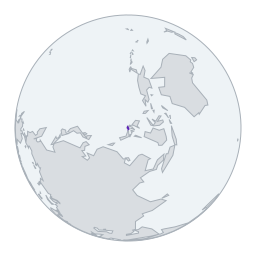 Northern Samar highlighted on a globe, orthographic projection, rotated 243°
{"feature_id": "PHL-2586", "entity_name": "Northern Samar", "entity_type": "Province", "adm_level": 1, "iso_a3": "PHL", "parent_name": "Philippines", "parent_adm1": "", "projection": "orthographic", "projection_center": [124.817, 12.409], "detail": "fine", "context": "on_globe", "style": "filled", "palette": "violet", "viewbox_px": 256, "rotation_deg": 243, "n_neighbors": 0, "source": "natural_earth", "source_scale": "10m", "svg_char_len": 9224}
<svg xmlns="http://www.w3.org/2000/svg" viewBox="0 0 256 256"><g transform="rotate(243 128 128)"><circle cx="128" cy="128" r="113" fill="#eef3f6" stroke="#a8b0b8"/><path d="M216.9,171.7L216.8,172.5L216.6,172.6L216.9,171.7ZM193.9,36.7L186.4,32.1L182.8,32.3L185.4,35.0L181.9,32.6L189.3,39.9L189.8,43.3L187.0,38.0L184.9,36.4L184.1,37.7L181.8,36.3L180.1,36.4L177.4,34.8L176.0,32.2L174.2,31.2L173.7,32.3L170.7,31.6L171.7,30.2L166.6,29.0L163.3,25.3L168.1,24.1L164.0,21.9L163.2,21.0L171.3,24.0L179.2,27.6L186.7,31.9L193.9,36.7ZM232.8,96.5L231.8,94.1L232.7,95.1L232.8,96.5ZM231.1,93.0L231.4,93.8L231.1,93.2L231.1,93.0ZM230.7,92.9L231.0,93.0L230.7,93.2L230.7,92.9ZM230.3,93.1L230.5,92.9L230.5,93.0L230.3,93.1ZM229.3,92.5L229.0,92.3L229.1,91.9L229.3,92.5ZM193.0,36.2L192.2,35.6L195.0,37.5L194.6,37.3L193.0,36.2ZM187.8,37.4L187.9,36.7L188.5,37.9L187.8,37.4ZM180.3,36.6L181.0,37.3L179.8,37.1L180.3,36.6ZM174.6,34.5L172.5,34.1L174.4,34.1L174.6,34.5ZM171.1,33.5L166.0,32.8L167.1,34.2L161.2,30.3L167.5,32.0L169.7,31.6L169.6,32.6L171.1,33.5ZM161.0,20.3L163.0,20.9L162.1,20.8L159.8,20.0L160.1,20.3L156.0,19.1L154.9,18.7L156.3,19.0L153.7,18.4L154.7,18.6L161.0,20.3ZM158.7,28.4L157.3,28.0L158.5,28.0L158.7,28.4ZM152.6,18.1L152.4,18.0L149.2,17.4L149.8,17.5L152.6,18.1ZM162.1,21.1L161.1,21.0L157.5,20.0L156.6,19.8L155.8,19.1L162.1,21.1ZM153.6,18.3L153.2,18.3L152.4,18.1L153.6,18.3ZM146.8,16.9L147.3,17.0L147.5,17.1L145.8,16.8L146.8,16.9ZM153.4,18.6L152.1,18.2L153.5,18.8L150.9,18.2L150.8,17.9L149.7,17.8L148.9,17.7L149.8,17.6L153.4,18.6ZM145.0,16.7L145.8,16.8L144.6,16.7L143.7,16.5L142.1,16.2L145.0,16.7ZM147.6,17.2L145.8,16.9L146.7,17.0L148.6,17.3L147.6,17.2ZM149.1,18.0L153.1,18.9L153.0,19.0L149.1,18.0ZM143.4,16.5L143.7,16.6L143.0,16.5L143.4,16.5ZM147.1,17.5L148.6,17.8L148.4,17.8L147.1,17.5ZM143.0,16.7L142.6,16.5L143.9,16.7L143.0,16.7ZM144.7,17.0L144.1,17.0L144.5,16.8L145.4,17.1L144.7,17.0ZM146.7,17.5L147.1,17.6L146.1,17.4L146.7,17.5ZM138.4,16.3L138.6,16.0L141.4,16.3L140.8,16.5L138.4,16.3ZM32.7,67.9L31.8,69.4L31.4,71.0L37.7,62.8L38.3,59.9L42.0,55.3L44.3,54.0L44.3,57.2L45.7,55.5L48.7,50.4L51.8,48.4L50.1,48.5L48.5,50.5L47.5,50.8L48.9,49.1L49.9,48.3L50.8,46.9L45.7,51.4L43.5,53.8L43.8,53.2L50.5,46.2L57.8,39.9L65.5,34.3L64.8,34.8L65.5,34.4L68.9,32.3L67.8,33.3L71.5,31.1L72.0,31.5L74.4,29.3L78.6,27.3L81.2,26.5L83.0,25.6L78.7,27.0L76.5,27.9L74.0,29.3L68.6,32.3L76.2,28.0L84.2,24.2L90.6,22.5L91.9,23.0L85.1,27.4L82.3,28.1L83.3,26.7L78.4,29.7L80.7,28.6L79.7,29.6L83.4,28.4L82.9,29.0L87.3,26.9L87.1,27.6L84.3,28.9L89.6,28.2L90.3,29.6L91.7,29.2L93.0,28.3L93.0,30.9L94.1,30.5L94.5,29.5L96.9,28.1L101.1,26.8L100.9,27.8L99.3,28.4L95.7,31.3L91.6,33.0L92.0,33.3L95.5,32.1L99.9,28.5L102.5,27.5L100.8,29.1L101.6,28.4L102.8,28.2L103.8,29.0L105.8,27.3L119.6,25.3L122.9,27.1L119.8,28.5L129.2,29.3L132.2,32.0L132.5,31.0L137.3,31.1L136.4,30.2L137.0,29.8L148.7,30.6L151.3,31.9L156.8,31.8L157.0,31.3L155.4,30.3L161.2,30.3L167.1,34.2L166.4,34.9L170.6,37.1L168.3,38.7L168.3,41.4L163.4,42.3L163.8,44.6L165.5,45.3L167.3,49.1L165.5,55.4L159.9,47.3L161.1,39.0L160.0,41.9L158.2,40.5L156.5,41.2L155.9,43.6L157.1,44.3L145.3,45.5L139.6,51.9L145.2,52.5L147.7,55.2L146.0,64.7L132.1,76.2L135.3,81.4L134.9,84.5L130.7,85.8L131.2,81.3L127.8,79.2L128.8,76.6L122.2,77.7L123.3,74.2L117.7,77.1L118.8,80.2L124.2,80.3L118.9,84.8L123.1,90.8L122.6,97.3L111.9,107.4L102.6,109.7L101.8,111.7L98.6,108.9L93.6,112.4L98.8,125.1L98.3,128.6L90.5,134.1L90.5,131.5L82.2,123.9L80.0,131.9L86.3,139.8L88.4,148.2L83.3,144.9L81.2,137.5L78.2,134.5L79.5,127.5L78.0,116.5L72.8,117.6L73.7,113.4L70.8,104.1L63.7,105.5L52.1,114.5L49.7,125.1L46.0,129.0L43.5,112.2L45.1,101.8L42.5,102.0L41.3,92.2L34.3,88.6L34.9,85.8L33.2,86.3L32.6,82.7L34.0,78.3L33.0,77.8L29.6,89.7L30.9,90.3L34.2,87.1L32.8,91.1L33.5,95.7L27.2,103.5L19.3,107.5L21.2,99.4L28.6,76.2L29.8,74.1L30.0,73.9L30.2,73.4L28.2,76.6L30.4,72.4L23.6,87.6L21.4,94.0L19.2,107.9L18.8,108.9L18.8,112.1L22.3,111.7L21.7,114.3L18.5,125.3L16.1,138.8L17.9,150.9L20.2,160.6L20.6,161.9L18.4,154.0L16.8,146.1L15.8,138.0L15.4,129.8L15.5,121.7L16.3,113.6L17.6,105.5L19.5,97.6L22.0,89.8L25.1,82.3L28.6,74.9L32.7,67.9ZM41.5,65.7L43.2,67.8L47.0,61.7L48.0,62.1L49.0,60.0L47.3,61.3L50.3,55.8L52.7,55.2L54.8,52.9L54.4,52.1L49.5,54.3L45.2,61.9L42.9,63.6L41.5,65.7ZM133.6,15.5L132.9,15.5L135.3,15.6L131.8,15.5L132.3,15.6L129.4,15.7L125.0,15.7L125.9,15.8L123.7,16.2L120.0,16.3L122.0,16.0L116.4,16.6L116.9,16.2L116.3,16.3L115.2,16.3L112.8,16.4L113.6,16.3L112.3,16.5L111.6,16.6L111.4,16.6L122.5,15.5L133.6,15.5ZM139.9,16.0L142.9,16.4L141.5,16.2L140.9,16.2L140.1,16.1L140.3,16.1L138.4,16.0L138.0,16.1L136.4,15.9L137.4,16.3L132.0,16.0L129.7,15.8L135.7,15.7L139.3,15.9L139.9,16.0ZM103.5,19.2L105.0,18.7L105.5,18.7L109.6,18.0L109.5,18.4L107.0,19.0L103.5,19.2ZM36.5,63.8L35.3,64.9L35.9,63.9L36.2,63.7L36.5,63.8ZM36.9,61.7L36.8,61.9L36.9,61.7ZM104.1,19.5L105.8,19.1L104.7,19.6L104.1,19.5ZM109.6,18.6L108.7,19.1L109.9,18.3L109.6,18.6ZM66.4,219.5L68.7,221.0L67.6,220.7L66.4,219.5ZM23.3,163.2L28.2,179.1L27.2,178.0L24.7,172.6L21.4,162.6L21.7,160.9L21.3,156.8L23.3,163.2ZM116.7,170.0L120.2,170.8L120.1,171.3L116.7,170.0ZM113.0,167.9L117.0,168.5L112.4,168.9L113.0,167.9ZM118.5,168.7L122.5,168.1L124.3,167.4L124.0,168.5L118.5,168.7ZM110.4,167.7L96.2,165.9L90.8,163.8L92.0,162.1L100.8,163.7L110.4,167.7ZM91.5,162.0L83.3,155.6L72.7,138.5L76.5,139.4L87.7,150.4L86.9,151.9L91.9,156.8L91.5,162.0ZM111.8,154.8L111.1,159.6L103.2,158.2L99.7,157.0L97.2,150.5L98.6,147.5L101.4,148.0L113.0,138.5L117.0,141.6L113.3,145.8L116.6,150.3L111.8,154.8ZM50.0,126.2L51.4,133.1L49.5,133.7L50.0,126.2ZM118.1,131.5L113.2,135.7L117.8,129.9L118.1,131.5ZM121.1,125.9L121.2,128.4L119.4,125.8L121.1,125.9ZM101.3,115.0L98.3,115.1L98.4,113.4L102.4,112.3L101.3,115.0ZM122.1,102.8L121.4,107.7L120.6,109.2L119.5,106.1L122.1,102.8ZM105.6,24.3L100.1,24.7L96.1,25.7L93.7,27.2L94.7,25.5L100.9,23.9L105.6,24.3ZM117.9,25.0L120.0,24.0L120.7,24.6L120.3,24.9L117.9,25.0ZM118.0,24.3L117.5,22.9L119.7,22.5L119.7,23.6L118.0,24.3ZM110.6,20.6L108.9,20.6L109.9,20.2L110.6,20.6ZM190.5,212.5L191.8,213.0L188.6,215.8L184.2,218.8L180.0,219.9L190.5,212.5ZM157.6,220.1L157.1,217.0L161.9,216.8L160.2,219.5L157.6,220.1ZM193.6,210.2L196.4,207.2L197.2,203.5L197.2,206.8L199.8,206.6L192.8,212.7L193.6,210.2ZM138.9,206.0L117.1,210.9L112.2,209.6L113.1,206.9L107.9,197.7L109.5,198.1L108.0,192.0L120.7,187.8L129.7,178.5L137.1,179.7L142.5,172.8L150.3,173.8L148.2,179.4L156.5,183.7L161.7,171.0L167.2,185.0L173.5,190.1L175.8,198.5L166.1,212.3L160.1,214.8L158.7,213.5L156.3,214.8L152.2,214.1L149.5,209.6L147.1,210.8L149.3,207.6L145.9,210.4L143.6,207.4L138.9,206.0ZM194.9,183.4L196.1,183.8L198.2,186.1L196.2,185.7L194.9,183.4ZM213.7,174.8L214.3,175.9L213.0,176.3L213.7,174.8ZM216.6,172.6L215.1,173.2L216.9,171.7L216.6,172.6ZM201.1,175.3L201.7,176.2L201.2,176.5L201.1,175.3ZM200.5,175.0L201.2,173.7L201.2,175.0L200.5,175.0ZM194.4,167.7L195.1,166.9L195.5,167.5L194.4,167.7ZM125.4,171.4L130.2,168.1L132.9,168.0L125.4,171.4ZM193.3,166.1L191.4,166.0L191.6,165.3L193.3,166.1ZM193.4,164.4L193.1,163.4L194.4,165.8L193.4,164.4ZM189.7,162.0L192.1,163.9L189.5,162.2L189.7,162.0ZM188.4,162.3L186.7,161.4L186.8,161.1L188.4,162.3ZM170.2,163.1L176.3,169.6L171.5,169.3L166.1,165.2L162.0,168.6L152.7,167.4L154.7,165.3L153.4,161.8L144.0,159.8L142.0,157.4L145.4,156.1L139.2,153.9L145.9,153.4L148.8,158.2L152.6,154.9L159.4,156.2L166.0,158.1L171.5,161.8L170.2,163.1ZM146.1,163.5L147.3,163.6L146.3,164.9L146.1,163.5ZM183.6,158.8L186.0,161.1L185.7,161.7L184.5,161.3L183.6,158.8ZM172.7,161.1L178.5,157.6L179.9,157.7L176.1,161.8L172.7,161.1ZM177.0,155.0L179.8,155.7L181.3,157.9L180.7,158.4L177.0,155.0ZM132.3,158.2L132.0,159.4L130.3,158.3L132.3,158.2ZM134.5,157.6L139.8,159.4L134.0,158.6L134.5,157.6ZM118.9,151.7L120.4,154.8L125.1,153.4L121.5,155.8L124.8,161.1L123.7,162.9L120.5,157.2L119.4,162.6L117.3,162.3L116.1,157.4L118.2,151.8L120.3,149.6L128.8,149.5L118.9,151.7ZM134.4,153.9L133.1,150.2L134.1,148.0L135.6,150.0L134.4,153.9ZM129.1,141.4L125.6,137.0L122.4,138.2L129.2,133.2L131.4,138.2L129.1,141.4ZM126.4,132.2L123.3,133.3L126.6,130.3L126.4,132.2ZM122.6,131.8L122.4,129.0L124.7,129.6L122.6,131.8ZM128.0,132.5L128.8,127.7L129.9,130.7L128.0,132.5ZM121.7,122.6L126.6,127.7L120.0,125.1L120.4,116.0L123.2,116.1L121.7,122.6ZM141.5,88.7L141.2,86.2L143.9,86.0L143.4,87.7L141.5,88.7ZM152.5,83.8L144.5,85.1L138.0,86.6L139.8,87.9L137.9,91.9L135.5,87.8L140.5,83.8L145.3,83.4L146.5,80.2L150.3,78.3L150.2,74.2L152.1,72.7L153.6,76.4L152.5,83.8ZM150.0,72.5L151.3,65.7L156.2,67.3L157.0,69.1L154.4,71.5L151.9,70.5L150.0,72.5ZM153.0,64.6L150.7,63.6L147.5,53.6L148.1,52.0L153.1,59.9L151.1,59.6L151.0,61.9L153.0,64.6ZM157.5,28.5L157.3,28.0L158.4,28.6L157.5,28.5ZM136.4,29.3L137.3,28.8L138.5,29.3L136.4,29.3ZM140.5,27.7L138.5,27.4L140.7,27.3L140.5,27.7ZM134.0,27.0L137.7,27.1L134.0,27.6L134.0,27.0Z" fill="#d9dde1" stroke="#a8b0b8" stroke-width="1"/><path d="M127.1,128.2L127.0,127.8L127.0,127.7L127.3,127.7L127.5,127.8L128.1,127.8L128.1,127.7L128.3,127.7L128.4,127.8L128.5,127.8L128.5,127.7L128.8,127.8L129.0,127.9L129.0,128.0L128.9,128.1L129.0,128.2L128.9,128.2L128.7,128.1L128.5,128.3L128.4,128.3L128.2,128.3L127.9,128.3L127.7,128.4L127.4,128.2L127.1,128.2L127.1,128.2ZM126.8,128.0L126.7,128.0L126.7,127.9L126.8,128.0L126.8,128.0Z" fill="#8b5cf6" stroke="#5b21b6" stroke-width="1.5"/></g></svg>